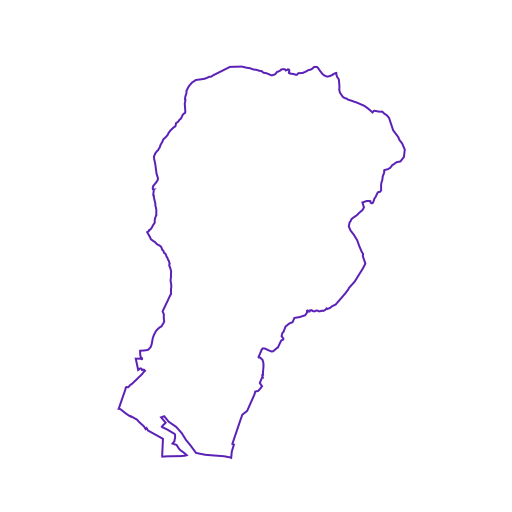 outline of Budila, Brasov, Romania, rotated 256°
{"feature_id": "2599482B80060958139020", "entity_name": "Budila", "entity_type": "district", "adm_level": 2, "iso_a3": "ROU", "parent_name": "Romania", "parent_adm1": "Brasov", "projection": "mercator", "projection_center": [25.874, 45.646], "detail": "fine", "context": "isolated", "style": "outline", "palette": "violet", "viewbox_px": 512, "rotation_deg": 256, "n_neighbors": 0, "source": "geoboundaries", "source_scale": "gbopen_adm2", "svg_char_len": 6116}
<svg xmlns="http://www.w3.org/2000/svg" viewBox="0 0 512 512"><g transform="rotate(256 256 256)"><path d="M439.9,236.1L438.3,233.7L436.9,231.9L435.1,230.2L433.0,228.5L430.8,227.9L428.0,226.1L425.3,225.0L425.0,225.0L424.8,225.3L424.3,225.2L422.8,224.6L421.0,223.7L413.9,222.5L412.7,222.2L412.1,221.9L411.7,220.7L410.7,219.0L408.0,216.9L407.4,216.2L407.0,215.3L406.4,214.3L405.5,213.4L404.9,212.4L404.2,210.5L401.7,209.4L401.2,209.0L401.0,207.9L400.7,207.2L398.6,203.5L396.6,201.0L394.9,199.6L394.4,199.0L392.8,196.6L391.9,194.8L391.6,194.3L389.8,193.0L386.7,190.1L384.7,188.9L383.2,187.3L382.3,186.6L381.8,185.4L379.7,182.8L378.8,182.4L377.9,181.5L376.8,180.9L375.6,180.7L369.8,180.5L359.8,179.4L355.1,179.7L353.4,178.9L351.7,177.1L348.8,173.2L348.5,173.1L347.1,172.3L345.9,172.1L345.3,172.4L345.2,172.9L345.1,172.7L343.6,172.4L340.7,171.2L339.8,171.1L339.8,171.3L339.7,171.3L339.1,171.5L337.5,171.1L331.1,171.0L329.7,170.6L327.2,170.6L324.6,170.4L320.6,169.3L319.9,169.3L319.4,168.8L316.5,166.9L314.3,166.1L313.0,165.9L312.1,165.1L311.3,164.0L311.0,163.8L308.9,161.9L307.8,160.7L307.1,159.4L307.0,158.6L306.3,158.3L306.0,157.8L305.7,156.6L305.5,156.2L299.6,157.8L297.8,158.0L295.3,160.0L294.1,161.2L291.4,162.8L290.4,163.8L289.6,164.9L287.9,166.1L286.4,166.4L284.8,166.5L283.8,167.2L283.3,167.4L281.3,167.6L281.0,167.7L280.5,168.4L279.1,168.9L277.6,169.0L276.6,169.2L276.0,169.5L273.4,169.8L272.5,170.3L271.4,170.2L269.4,170.4L269.2,170.3L268.9,169.9L268.5,169.7L267.0,169.5L266.3,169.8L262.3,170.0L261.4,169.9L259.7,169.3L256.3,168.5L253.6,167.4L252.5,167.1L248.8,166.8L246.6,166.4L244.5,165.5L239.5,164.3L238.8,163.4L237.0,161.9L234.7,160.1L225.4,152.4L224.7,152.0L221.7,152.5L218.1,151.5L214.5,151.0L213.3,150.0L210.7,147.3L210.4,146.7L210.1,145.5L209.6,144.4L208.9,143.0L208.4,142.5L208.0,141.5L206.7,140.1L205.8,139.4L205.2,138.8L203.6,137.5L201.3,136.0L195.6,133.4L193.1,131.7L192.4,130.7L191.1,128.6L191.1,127.8L191.3,125.2L192.1,120.6L188.2,119.8L185.7,119.7L184.5,120.6L184.2,120.7L183.6,120.5L183.5,120.2L183.9,119.7L184.5,118.3L185.5,114.5L173.9,114.1L174.1,114.7L174.7,115.6L174.8,116.1L174.9,116.6L174.7,117.1L174.4,117.5L174.0,117.7L173.0,117.8L172.9,118.7L172.9,119.6L172.6,119.9L171.8,120.4L171.4,120.5L170.6,118.9L169.1,117.1L167.6,114.7L166.6,112.7L165.3,110.7L163.4,107.2L162.2,105.3L161.4,103.1L161.0,102.4L159.7,100.5L159.6,100.0L160.2,98.7L160.1,98.2L159.4,97.5L158.3,97.1L141.1,85.9L141.1,86.1L139.7,87.8L135.3,91.1L131.8,94.2L130.5,95.6L130.8,95.8L130.0,96.7L126.1,100.9L123.4,102.3L117.7,106.1L114.8,107.0L115.5,108.2L113.7,108.7L112.8,109.0L112.4,109.4L101.1,121.5L84.5,116.5L84.0,116.5L83.2,121.0L80.0,134.8L79.5,138.3L79.4,139.6L79.5,140.6L82.9,138.2L86.0,135.5L88.3,134.4L91.9,133.2L94.2,129.6L96.3,132.3L97.2,132.4L98.8,133.4L99.5,133.6L102.1,134.2L102.9,134.1L109.4,127.6L112.2,124.1L112.8,123.4L113.1,123.3L114.7,125.6L115.4,126.9L116.1,128.0L122.4,124.9L122.7,128.2L116.3,131.2L109.5,137.2L102.1,141.1L94.6,143.5L88.3,146.5L79.4,150.2L75.3,158.9L69.5,176.4L66.7,182.5L66.2,183.1L72.1,185.2L78.3,188.9L79.4,187.6L101.7,201.9L105.4,204.4L107.8,209.9L122.3,221.2L124.6,222.4L124.6,225.6L126.4,228.2L128.2,230.3L131.9,229.0L136.9,232.7L136.6,233.2L138.8,233.2L139.0,233.3L139.0,234.1L140.8,234.4L147.2,236.6L150.5,237.3L153.6,237.2L155.3,236.2L156.5,235.3L156.8,234.2L157.3,234.0L163.2,238.5L163.3,238.6L163.7,238.7L164.7,240.2L164.1,242.2L161.6,245.2L159.6,247.9L159.4,249.5L161.8,254.4L161.8,255.0L167.8,259.9L168.4,262.2L169.4,262.6L172.0,261.4L175.1,263.1L175.7,264.3L180.4,267.6L182.5,272.1L182.9,275.4L186.6,278.3L186.2,283.6L186.6,289.4L189.3,292.4L190.0,292.1L190.5,292.2L190.7,292.9L189.2,294.1L189.2,294.6L190.2,295.4L190.0,296.7L189.9,297.0L189.5,297.0L188.6,298.0L188.1,299.6L188.5,301.1L188.1,302.6L187.1,303.6L186.9,304.7L187.0,306.9L186.4,307.8L187.0,310.3L188.1,311.8L187.3,312.5L187.8,315.5L188.9,317.7L189.6,321.5L197.9,333.3L201.1,337.3L202.6,338.6L207.4,345.7L218.2,356.8L222.2,360.3L230.0,359.6L232.0,360.4L234.4,359.6L240.6,358.6L246.7,358.0L252.9,356.1L257.8,353.9L262.3,353.2L265.9,354.9L266.9,356.2L268.6,357.5L269.7,359.7L271.2,363.8L272.8,366.3L274.8,370.4L277.0,372.5L282.2,372.2L282.6,376.9L281.6,380.2L280.1,380.1L279.3,380.8L279.1,381.9L280.1,382.9L283.2,384.9L284.0,386.0L288.2,389.5L288.4,390.5L288.3,392.0L289.5,393.3L294.8,394.6L297.0,395.5L298.7,396.7L301.4,397.8L302.4,398.1L304.9,399.9L306.2,400.7L308.0,401.0L308.3,401.3L308.3,404.9L309.1,407.6L311.0,409.9L313.0,415.2L312.8,419.0L316.3,423.5L323.3,426.1L329.9,425.0L334.0,423.2L337.0,422.8L344.8,419.5L357.9,418.5L361.0,416.9L363.4,414.7L365.3,413.6L365.6,413.3L365.9,411.6L366.4,410.1L368.3,406.0L368.3,405.6L368.1,405.2L367.1,403.7L367.9,403.3L372.5,400.0L375.5,397.4L380.5,390.9L382.1,388.4L383.9,385.7L385.4,383.2L386.9,381.9L387.3,381.0L388.4,379.6L389.5,378.7L393.8,377.1L395.3,376.9L397.5,377.1L400.4,378.0L406.5,379.0L408.0,378.9L409.2,378.4L410.5,378.0L413.4,377.8L413.9,378.3L414.1,378.3L414.3,378.1L414.1,376.9L414.1,376.3L413.8,375.4L413.5,375.0L413.6,374.4L413.5,374.2L413.0,373.5L413.1,372.8L412.7,371.4L412.8,369.0L412.9,368.4L413.3,367.7L414.8,365.8L415.6,365.2L416.8,364.4L420.4,362.8L423.4,361.7L424.7,360.8L424.9,359.8L425.3,358.9L425.3,358.2L424.9,357.1L424.3,356.4L423.6,353.9L423.7,352.4L423.6,351.3L423.2,350.1L422.7,348.2L422.6,346.8L422.4,346.3L422.3,345.7L422.7,343.2L423.1,341.8L423.1,341.4L422.9,340.9L422.2,340.0L422.0,339.4L422.1,338.8L422.5,338.0L423.3,336.8L424.1,335.1L424.4,333.8L425.1,333.2L425.2,332.5L425.5,332.3L425.9,332.2L426.6,332.4L427.1,332.9L428.1,333.2L428.6,333.2L428.8,333.1L429.1,332.5L429.4,332.2L429.0,331.6L429.0,330.6L428.8,329.8L430.0,329.3L430.7,327.9L430.8,327.1L430.8,325.4L430.2,324.9L430.1,324.5L429.5,322.0L429.6,321.1L428.1,319.1L427.8,318.8L427.5,317.0L427.4,315.1L427.8,314.4L429.9,311.6L430.8,310.4L431.5,308.9L431.9,307.8L432.3,307.3L434.0,306.3L435.0,303.8L436.4,301.8L437.5,298.8L439.4,296.0L440.1,294.7L440.9,292.5L443.2,288.1L445.8,276.5L441.7,258.2L440.9,255.9L440.9,255.4L441.2,254.1L440.7,251.5L440.4,249.1L440.8,244.7L441.1,242.4L441.3,240.0L440.4,237.8L439.9,236.1Z" fill="none" stroke="#5b21b6" stroke-width="2"/></g></svg>